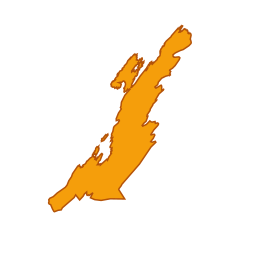 the district of Tranøy nor, Troms, Norway, rotated 135°
{"feature_id": "86288312B72673303782724", "entity_name": "Tranøy nor", "entity_type": "district", "adm_level": 2, "iso_a3": "NOR", "parent_name": "Norway", "parent_adm1": "Troms", "projection": "robinson", "projection_center": [17.384, 69.178], "detail": "fine", "context": "isolated", "style": "filled", "palette": "amber", "viewbox_px": 256, "rotation_deg": 135, "n_neighbors": 0, "source": "geoboundaries", "source_scale": "gbopen_adm2", "svg_char_len": 5897}
<svg xmlns="http://www.w3.org/2000/svg" viewBox="0 0 256 256"><g transform="rotate(135 128 128)"><path d="M180.5,80.1L178.1,91.0L177.2,91.5L173.4,92.0L172.3,92.5L145.4,94.4L125.2,98.3L118.4,98.2L118.1,99.3L120.9,100.8L121.6,102.3L117.4,102.8L114.1,104.0L113.8,104.8L114.0,105.2L116.6,106.8L116.5,107.2L111.1,108.4L105.0,108.7L103.5,109.3L103.3,109.9L103.6,110.8L105.4,111.9L104.3,113.5L106.8,115.1L107.4,116.2L107.5,117.6L112.5,117.5L116.3,118.9L116.2,119.8L113.4,120.2L110.4,120.0L105.6,122.3L106.3,122.9L105.1,123.8L100.1,124.8L98.7,125.7L94.3,126.7L93.7,127.2L88.4,127.3L88.1,127.4L89.1,128.1L88.9,128.4L85.9,129.2L81.9,130.2L76.2,129.8L74.9,130.4L76.7,130.3L77.4,131.1L75.1,133.2L74.4,134.1L74.3,134.9L80.0,136.4L80.2,136.8L80.0,138.0L76.4,137.7L74.0,139.0L69.0,139.4L64.8,138.0L61.8,136.3L61.7,135.7L60.6,135.6L60.5,136.2L59.9,136.3L59.9,137.1L57.8,137.8L57.9,139.2L57.3,139.5L54.3,138.8L50.6,138.8L43.5,140.1L41.7,140.9L41.7,142.3L45.1,145.1L45.5,145.9L45.2,146.2L45.5,146.7L44.4,148.0L41.3,147.6L36.2,145.8L33.4,144.4L26.7,143.1L23.7,143.2L22.7,143.9L21.4,146.1L21.3,146.7L17.9,148.9L17.2,149.8L16.9,150.8L18.0,151.4L17.6,152.1L18.4,152.1L18.5,152.7L17.7,153.2L17.5,154.6L16.9,154.8L16.9,155.5L17.3,155.5L17.9,157.3L17.5,157.3L17.9,158.3L17.5,158.4L21.7,158.3L22.8,159.1L24.0,158.7L23.5,159.2L23.8,159.4L21.7,159.6L21.6,159.9L22.5,160.1L21.2,160.5L21.5,160.9L18.6,160.9L19.8,161.2L19.8,161.4L18.5,161.2L16.6,161.6L18.8,161.9L18.3,162.5L19.7,162.5L19.4,162.7L20.7,162.4L23.3,162.8L22.9,163.1L32.1,162.5L32.9,162.1L39.5,162.4L42.5,162.0L42.7,161.9L42.3,161.6L44.4,160.5L45.7,160.9L45.2,161.2L45.6,161.4L46.0,161.3L45.9,160.9L48.7,160.6L51.0,159.7L51.4,159.3L50.1,159.5L54.3,156.5L57.5,156.5L59.0,155.8L65.0,155.9L64.5,156.3L65.3,156.4L65.1,156.8L66.8,156.9L65.4,157.2L65.7,157.3L65.1,157.7L65.8,157.4L66.4,157.6L65.2,157.9L65.0,158.0L65.4,158.2L65.0,158.4L66.6,158.7L67.2,158.2L66.9,157.6L68.0,157.4L67.5,157.9L69.0,158.1L68.0,158.5L68.3,158.5L69.2,158.0L72.1,157.4L72.8,156.9L72.8,156.3L72.5,156.2L74.5,155.7L74.8,156.0L73.6,157.1L82.6,156.1L91.5,154.3L96.7,154.2L97.0,154.6L95.0,155.3L95.0,155.9L94.2,156.4L89.6,157.8L90.4,158.1L90.0,158.7L88.3,158.7L86.4,159.4L85.7,159.3L85.6,158.8L84.3,158.8L83.1,159.4L82.9,160.2L82.3,159.9L81.6,160.3L80.9,161.3L80.8,160.9L80.0,161.5L78.7,161.1L77.9,162.0L73.9,161.6L73.1,162.5L74.2,162.6L74.1,162.9L70.8,163.0L69.7,163.9L72.0,164.0L70.6,165.0L71.8,164.6L72.4,164.9L72.6,165.2L72.1,165.8L72.6,165.9L75.9,164.9L75.9,164.4L78.1,164.1L78.1,163.6L77.5,163.6L78.8,162.7L81.1,163.3L82.5,162.7L83.2,162.8L82.9,163.2L83.7,163.8L82.8,164.7L85.8,165.0L85.1,165.7L78.5,166.8L78.4,166.4L77.2,166.7L76.3,166.3L75.0,166.6L75.0,167.1L74.0,166.9L74.1,166.2L73.7,165.9L71.5,166.0L68.7,166.7L69.1,166.8L68.5,167.4L68.7,167.6L68.2,167.7L71.3,167.6L71.9,168.0L71.6,168.3L73.0,168.2L72.9,168.5L73.5,169.2L73.2,169.6L73.8,170.3L71.5,171.7L71.3,172.2L71.6,172.5L70.3,173.0L70.6,173.5L69.6,173.9L70.8,174.4L70.8,175.4L71.7,175.2L71.9,175.7L75.7,175.5L75.8,175.9L77.6,175.3L79.1,175.6L78.8,175.8L80.5,175.7L83.3,174.6L86.6,174.6L87.7,173.9L89.8,174.2L90.7,173.7L90.5,173.4L91.6,173.2L93.7,174.0L96.8,173.0L97.2,173.3L95.5,173.7L96.9,173.8L98.0,173.3L97.5,173.0L97.8,172.7L97.1,172.6L98.6,171.9L100.6,172.2L102.7,171.8L102.6,171.0L103.7,171.0L103.7,171.3L105.4,171.3L105.7,171.4L105.5,171.8L106.3,171.9L109.1,171.1L109.4,170.7L109.3,170.1L110.2,169.6L110.0,169.1L110.2,168.0L108.8,166.6L109.2,165.4L107.2,165.0L107.8,164.4L107.4,163.9L107.9,163.5L107.7,162.9L105.3,163.6L106.2,163.1L105.8,162.9L105.9,162.5L104.4,162.3L102.0,163.6L101.7,165.1L102.4,166.6L100.7,165.5L100.7,164.8L98.1,164.6L97.5,163.5L97.9,162.7L97.7,162.2L98.9,160.6L100.9,159.4L102.8,159.1L103.0,158.9L102.6,158.4L105.3,156.4L105.2,155.9L104.0,156.1L103.6,155.3L101.5,155.6L101.7,155.4L101.0,155.0L101.2,154.7L100.9,154.5L100.1,154.8L99.2,154.5L99.0,154.0L107.0,153.4L114.4,150.9L117.5,148.4L118.9,147.8L119.3,146.2L124.1,145.3L129.8,142.9L131.1,141.5L130.5,141.2L128.8,140.4L128.6,139.7L129.1,139.1L130.3,139.1L131.3,138.5L136.4,138.9L137.7,138.6L141.1,136.3L143.8,135.3L144.7,134.7L144.7,134.0L147.0,133.1L145.6,132.1L147.7,131.6L147.4,131.4L147.8,131.1L148.5,131.4L149.4,131.0L147.8,130.5L148.2,129.6L154.0,127.4L154.4,126.9L153.9,126.3L153.9,125.7L154.5,125.3L154.0,125.2L154.7,124.9L154.4,124.5L156.4,123.7L155.8,123.2L157.7,122.7L158.1,122.3L157.8,121.8L158.3,121.7L162.2,121.0L165.3,119.7L165.0,120.9L173.6,121.3L173.1,121.8L173.7,121.8L173.4,122.4L174.7,122.8L175.6,123.7L174.0,123.8L174.0,124.3L172.1,125.1L170.5,124.9L164.5,127.5L164.5,128.5L165.9,128.7L171.5,128.2L171.1,128.6L171.8,128.5L173.2,127.8L173.2,128.2L172.1,128.7L173.4,129.4L171.3,130.3L171.6,130.8L171.5,131.1L172.6,131.2L172.5,132.9L171.3,133.4L170.0,133.0L169.3,132.5L169.8,131.9L169.9,131.5L169.5,131.4L164.7,132.9L163.3,133.8L163.6,134.2L162.5,134.9L162.8,135.4L161.8,135.9L162.9,136.0L163.1,136.7L165.1,136.5L167.2,135.0L167.9,135.4L169.1,134.8L170.9,134.7L169.5,134.3L170.5,133.8L171.6,133.9L171.8,134.3L172.1,134.1L171.7,133.9L172.6,133.3L174.3,133.0L176.0,133.5L180.1,133.4L180.6,133.7L182.9,132.9L184.7,133.0L185.6,133.6L186.7,133.4L186.3,133.2L186.8,132.6L188.1,132.6L189.7,133.6L188.9,134.7L189.5,135.3L188.6,136.2L190.5,136.6L199.5,134.9L202.4,133.5L207.0,132.6L211.5,130.7L214.3,130.4L224.0,132.1L229.4,132.3L233.0,133.6L234.8,133.3L235.7,132.0L237.1,131.2L237.5,130.2L236.9,128.4L238.7,124.0L239.4,121.4L239.2,120.8L235.6,119.2L233.1,117.3L230.8,118.0L215.3,116.9L212.3,117.7L213.1,111.3L207.8,111.5L205.5,112.2L202.5,112.0L204.4,110.0L204.5,109.2L203.2,108.6L203.3,107.8L198.6,107.0L203.9,105.2L202.2,100.9L198.2,95.8L190.6,90.5L180.5,80.1ZM154.0,136.3L147.3,137.1L146.9,137.5L147.2,137.9L146.9,138.1L149.7,138.7L149.5,138.9L151.3,138.7L152.5,137.9L152.0,138.6L153.3,138.4L153.6,138.9L154.2,138.9L154.2,138.6L155.8,137.9L155.6,137.5L156.1,137.2L154.0,136.3Z" fill="#f59e0b" stroke="#b45309" stroke-width="1.5"/></g></svg>